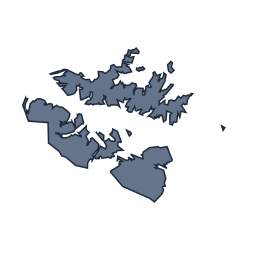 Hammerfest nor, Finnmark, Norway (Mercator projection), rotated 69°
{"feature_id": "86288312B61529177731516", "entity_name": "Hammerfest nor", "entity_type": "district", "adm_level": 2, "iso_a3": "NOR", "parent_name": "Norway", "parent_adm1": "Finnmark", "projection": "mercator", "projection_center": [23.196, 70.658], "detail": "fine", "context": "isolated", "style": "filled", "palette": "slate", "viewbox_px": 256, "rotation_deg": 69, "n_neighbors": 0, "source": "geoboundaries", "source_scale": "gbopen_adm2", "svg_char_len": 5794}
<svg xmlns="http://www.w3.org/2000/svg" viewBox="0 0 256 256"><g transform="rotate(69 128 128)"><path d="M49.5,181.2L50.1,181.3L51.4,174.5L51.4,164.9L53.3,164.6L53.9,165.4L53.0,166.1L54.9,168.9L57.2,167.4L55.6,170.2L55.9,172.5L54.2,177.7L54.4,179.7L56.8,178.7L59.0,175.4L61.3,175.6L65.1,168.5L60.7,178.0L65.1,176.3L64.9,173.9L66.3,171.3L67.2,173.3L66.8,173.9L67.9,174.2L67.6,175.4L76.0,172.4L76.7,167.1L76.1,165.0L74.1,162.3L69.9,160.8L71.2,159.0L70.3,157.7L72.4,158.4L74.6,155.8L75.6,157.5L74.4,159.4L84.6,162.1L85.2,160.5L84.5,153.0L85.5,152.6L80.8,150.2L81.9,148.4L86.5,150.5L88.3,153.7L88.0,156.1L90.1,159.3L92.2,156.0L91.9,154.2L93.9,152.3L93.7,150.8L94.9,147.3L94.2,146.2L96.0,145.8L97.1,141.4L93.0,142.0L92.1,139.5L88.9,139.0L90.8,137.4L93.0,139.1L100.2,138.8L101.0,136.7L100.3,135.5L103.0,129.4L105.3,128.2L97.9,127.9L102.5,123.5L98.9,120.4L101.1,119.7L101.3,114.2L104.0,119.7L107.0,122.6L108.2,121.9L108.5,119.9L111.1,122.6L113.6,121.2L114.5,118.7L110.4,114.3L114.4,114.8L115.1,114.0L115.1,109.1L115.9,108.7L118.5,112.4L121.3,109.8L120.1,109.2L119.5,106.9L119.9,102.2L116.8,98.7L119.2,99.1L119.5,96.4L122.5,100.2L124.4,105.0L125.0,103.1L128.9,100.4L127.4,99.2L128.6,98.9L128.8,98.5L128.7,98.3L127.0,97.1L128.5,96.9L129.4,95.5L128.8,94.6L128.7,96.4L127.0,94.2L128.3,91.7L135.0,92.5L134.1,89.7L126.1,85.7L129.8,81.9L130.8,84.3L139.4,87.4L141.1,85.5L138.9,83.4L139.9,80.5L131.6,75.9L136.7,75.9L131.4,72.5L134.2,68.4L126.1,70.0L125.1,67.3L126.4,66.8L126.8,64.4L123.2,62.6L120.3,59.0L120.4,57.5L119.2,55.4L118.4,56.6L119.6,58.3L118.7,60.3L119.1,62.1L117.5,64.6L119.0,68.0L116.4,69.6L119.4,74.1L118.8,75.2L119.2,75.9L117.4,77.2L117.2,80.1L120.8,82.6L118.8,85.2L115.4,83.7L117.3,90.5L114.1,89.3L111.9,83.1L110.0,83.3L110.1,80.8L104.5,70.7L103.5,70.3L102.6,72.4L105.7,78.4L105.3,80.3L106.1,81.7L104.6,83.0L105.9,85.3L105.4,85.9L97.9,77.1L91.8,73.3L89.4,74.9L92.4,76.2L93.7,77.9L94.0,79.4L93.3,80.2L95.5,82.0L94.7,83.0L89.5,78.3L89.5,82.3L85.1,82.9L85.4,84.8L88.6,85.5L93.1,92.0L97.9,91.7L98.2,92.9L97.3,94.0L95.3,93.8L95.6,96.4L99.6,98.1L98.8,99.2L99.1,100.2L101.9,99.6L103.2,101.4L101.9,102.4L96.5,99.7L94.0,105.1L95.4,108.7L99.3,110.8L94.8,109.4L91.9,105.0L89.7,104.8L87.3,108.3L88.4,111.0L87.7,114.4L86.4,115.3L89.8,117.3L83.7,116.7L84.6,118.2L81.5,118.4L84.0,121.3L83.5,125.4L85.3,129.2L84.9,129.9L83.6,127.8L83.4,125.3L77.5,125.3L77.2,120.2L75.5,117.5L70.2,118.4L74.3,114.3L73.4,113.1L75.8,112.1L76.8,104.5L71.2,105.3L69.7,107.2L68.9,107.1L68.7,104.9L66.3,108.4L64.8,107.7L68.7,101.1L63.5,97.0L62.8,100.8L60.7,102.7L61.0,100.0L58.8,98.7L62.1,91.6L60.6,90.3L56.3,91.8L57.0,93.0L57.1,95.4L56.5,95.9L57.4,96.8L55.3,99.5L59.0,102.4L59.1,104.9L62.4,106.5L62.9,108.6L68.6,112.0L66.9,117.2L63.7,118.6L63.8,121.6L67.1,123.6L69.1,129.6L66.4,131.6L64.6,135.6L69.8,136.9L71.2,139.7L70.8,142.0L72.1,143.7L72.1,146.3L68.7,146.7L67.7,150.4L64.7,153.2L63.4,153.7L63.6,150.7L60.2,151.8L59.3,152.8L60.7,154.7L59.1,157.3L51.9,163.8L50.2,166.8L50.6,170.3L49.9,173.0L49.5,181.2ZM150.9,180.2L145.8,178.0L143.7,174.9L144.0,172.7L145.6,173.2L143.5,170.5L143.7,169.2L144.9,169.4L146.5,165.3L145.1,166.6L144.4,163.4L146.8,163.2L148.4,156.6L150.0,154.8L148.9,153.4L149.6,152.2L149.4,150.9L145.6,151.7L146.4,151.1L145.9,150.1L146.5,147.9L145.3,146.0L147.0,140.6L140.9,144.1L138.0,142.5L137.7,141.2L138.9,140.0L138.4,139.2L127.5,139.1L123.5,142.6L127.6,145.3L126.7,146.0L127.6,147.1L133.8,144.0L135.6,144.9L134.2,148.6L131.1,149.8L132.1,152.7L131.9,155.2L136.8,154.4L139.5,156.5L135.0,160.3L139.4,164.7L142.5,170.2L140.5,171.1L137.0,163.6L132.8,161.1L124.5,164.8L124.6,166.6L126.9,167.5L127.4,169.9L129.4,171.3L129.3,172.6L125.5,169.5L120.4,170.3L118.3,166.0L114.3,167.6L111.2,166.2L115.0,174.6L114.3,176.2L119.9,174.3L114.8,179.7L115.5,182.5L114.3,183.3L115.3,186.4L114.4,191.6L112.5,193.0L112.9,193.7L108.8,194.7L107.3,197.4L106.7,197.1L108.4,193.9L112.0,193.5L109.7,191.2L111.4,188.3L112.0,180.0L110.5,178.4L107.4,169.4L108.1,168.6L107.2,167.6L98.6,166.6L97.1,168.6L97.8,169.3L97.2,170.5L99.5,171.0L101.1,174.8L109.0,177.2L101.6,177.9L102.5,178.3L101.3,181.4L102.2,182.7L101.0,183.5L101.8,186.8L101.0,188.2L102.7,190.0L101.6,190.6L100.1,189.6L100.8,189.0L100.1,188.1L98.0,188.7L100.6,185.6L99.5,184.4L100.2,183.1L96.6,178.8L93.8,177.2L89.9,178.8L84.9,182.0L83.9,184.6L81.3,186.5L81.7,189.5L82.8,191.3L78.7,190.2L77.0,192.6L77.3,194.3L76.7,197.5L75.6,197.3L75.5,195.4L72.0,196.3L69.1,199.7L68.3,202.3L69.8,206.1L68.7,206.8L70.3,210.6L77.6,215.2L75.1,216.0L75.8,216.5L79.5,215.7L75.7,218.2L85.9,218.5L94.3,200.7L113.6,207.6L125.1,200.6L130.3,199.8L133.1,196.3L144.2,190.3L150.9,180.2ZM201.7,132.7L206.5,129.8L201.5,119.7L198.7,117.1L195.5,117.1L195.0,116.0L195.6,114.0L192.1,113.7L188.8,110.9L180.1,109.9L174.9,115.8L175.7,116.4L174.6,116.9L174.8,114.6L172.2,115.6L173.5,113.4L172.6,112.5L179.7,106.2L174.3,108.0L175.9,106.8L175.1,106.5L175.5,104.6L174.0,103.9L175.0,102.3L174.2,101.5L174.6,99.4L173.6,98.2L159.3,98.3L158.2,104.9L156.1,107.0L154.1,115.0L155.8,122.2L158.5,124.2L157.4,125.8L159.3,124.3L162.1,125.3L153.4,134.8L159.1,132.8L159.6,133.6L158.8,134.9L159.7,136.4L157.9,136.0L155.3,138.4L158.2,137.0L157.4,138.6L158.0,139.3L157.5,141.3L150.6,147.7L154.4,149.5L153.6,147.8L157.1,145.1L156.3,148.1L159.3,148.2L158.4,149.2L160.2,150.0L162.0,159.6L162.9,160.0L180.6,153.9L201.7,132.7ZM83.1,63.2L81.2,64.2L83.3,68.4L89.3,69.7L92.1,68.1L90.7,64.4L86.6,65.8L83.1,63.2ZM120.0,159.4L130.0,156.3L130.7,155.2L126.1,153.2L122.0,156.2L123.5,158.2L120.0,159.4ZM75.1,218.1L68.5,215.2L64.4,210.6L65.0,212.7L62.9,212.6L69.1,218.2L75.1,218.1ZM78.6,91.2L76.0,92.4L76.7,94.4L75.6,95.3L76.0,97.1L75.2,98.3L76.7,99.3L79.1,97.2L78.5,96.4L79.3,92.6L78.6,91.2ZM129.5,130.1L135.9,129.7L135.0,127.2L133.2,126.9L129.5,130.1ZM159.6,39.8L164.2,40.0L162.4,37.5L159.6,39.8Z" fill="#64748b" stroke="#1e293b" stroke-width="1.5"/></g></svg>